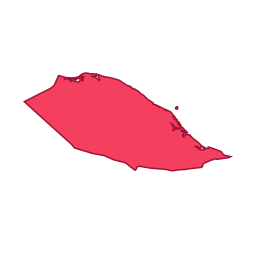 the Region of Suðurland, rotated 204°
{"feature_id": "ISL-705", "entity_name": "Suðurland", "entity_type": "Region", "adm_level": 1, "iso_a3": "ISL", "parent_name": "Iceland", "parent_adm1": "", "projection": "natural_earth1", "projection_center": [-19.582, 64.139], "detail": "fine", "context": "isolated", "style": "filled", "palette": "rose", "viewbox_px": 256, "rotation_deg": 204, "n_neighbors": 0, "source": "natural_earth", "source_scale": "10m", "svg_char_len": 4363}
<svg xmlns="http://www.w3.org/2000/svg" viewBox="0 0 256 256"><g transform="rotate(204 128 128)"><path d="M212.8,147.6L209.4,148.3L205.5,148.8L206.0,148.4L206.2,148.0L206.2,147.4L205.9,146.8L205.6,147.6L205.2,148.1L204.6,148.3L203.9,147.9L204.0,148.2L204.0,148.4L204.1,148.5L204.3,148.7L204.3,149.1L198.8,151.3L199.2,150.1L200.3,149.4L201.6,149.1L202.8,149.1L202.8,148.7L200.0,147.8L199.0,147.2L198.8,147.9L198.9,148.2L199.1,148.7L198.0,149.1L197.0,149.0L195.9,148.7L194.8,148.7L195.6,149.1L195.6,149.4L194.6,149.4L194.1,149.5L193.7,149.8L193.0,149.6L192.2,149.9L191.6,150.5L191.4,151.1L191.1,152.0L190.6,152.7L189.8,152.9L189.1,152.4L188.5,152.8L188.3,153.3L188.5,153.7L189.2,153.9L189.8,153.7L190.6,153.2L191.2,153.1L194.5,153.3L195.7,153.1L193.9,155.1L192.8,155.7L191.7,155.3L191.8,155.2L192.0,155.0L190.3,155.0L190.3,155.5L189.1,155.4L188.5,155.7L189.0,155.7L189.4,155.9L189.6,156.2L189.4,156.9L192.5,156.7L193.1,156.4L192.1,158.3L190.6,160.0L188.7,161.2L184.4,162.3L181.7,163.5L179.1,163.9L177.7,162.8L178.2,162.4L179.4,162.1L179.8,161.8L180.4,161.2L180.9,161.0L182.2,160.9L182.2,160.5L181.1,160.5L178.8,160.9L177.7,160.9L174.8,159.9L173.9,159.8L174.2,160.2L173.9,160.3L173.6,160.5L174.0,160.9L174.9,161.8L175.2,162.0L175.6,162.3L175.8,163.1L176.0,163.9L176.1,164.2L177.9,164.3L178.9,164.3L179.6,164.4L170.6,165.2L165.4,166.6L156.6,168.0L154.4,167.9L146.4,166.5L143.0,167.0L141.7,166.8L142.2,166.8L142.4,166.7L142.6,166.5L141.1,166.3L140.4,166.1L139.7,165.7L138.9,166.4L133.2,165.7L132.7,165.6L130.5,164.6L127.1,164.2L122.2,162.3L115.4,161.2L114.1,160.5L114.7,160.5L115.0,160.3L114.9,160.0L114.4,159.8L113.9,159.8L113.2,160.1L112.7,160.2L108.6,159.8L108.8,160.0L113.0,160.5L101.9,160.1L101.2,159.4L101.0,159.5L100.9,159.6L100.6,159.8L100.4,159.5L100.0,159.4L100.3,160.2L97.1,160.2L95.5,160.0L89.2,156.9L88.5,156.4L89.1,156.8L89.8,156.9L90.5,156.8L91.1,156.4L90.6,156.4L89.6,156.1L89.1,156.1L89.3,155.2L88.6,155.7L87.9,155.9L87.2,155.8L86.3,155.3L86.3,155.0L87.7,155.3L87.1,154.5L86.4,154.0L85.5,153.6L84.8,153.1L84.1,152.2L83.8,151.6L83.3,151.2L82.2,151.3L82.2,151.6L83.7,152.8L84.5,153.7L85.1,154.6L82.3,153.1L81.1,152.2L80.3,150.9L80.8,150.5L80.5,150.2L80.0,149.4L81.1,148.6L82.5,148.2L85.3,147.9L86.6,148.3L88.9,149.7L90.3,149.8L89.6,149.3L88.6,148.3L88.0,147.9L84.8,146.8L86.1,145.5L86.3,145.0L86.2,144.2L85.7,144.0L85.3,144.2L85.5,144.6L85.4,145.0L84.9,145.5L83.1,146.8L81.9,147.6L81.1,148.1L80.1,148.3L79.8,148.5L79.7,149.0L79.8,149.6L79.7,150.2L79.4,150.7L79.1,150.8L77.3,150.2L75.4,149.3L74.0,148.9L71.1,147.6L73.8,147.6L74.3,147.7L75.3,148.2L75.9,148.3L76.0,148.0L76.6,147.9L78.0,147.9L78.0,147.6L76.8,147.6L76.8,147.2L77.0,147.2L77.3,147.2L77.4,146.8L74.4,147.3L73.4,147.2L73.4,146.8L74.8,145.8L75.2,144.1L74.7,142.7L73.1,142.4L73.1,142.8L74.3,143.0L74.1,143.8L73.3,144.7L71.8,145.9L70.8,146.3L69.6,146.5L68.5,146.1L68.9,147.0L69.1,147.2L67.4,146.1L63.6,144.7L58.3,143.5L56.5,142.8L55.5,142.5L54.5,142.1L53.6,141.2L53.9,140.8L53.8,140.3L53.4,139.0L56.7,139.1L58.5,138.9L59.7,138.3L56.5,138.3L54.6,137.6L53.8,137.6L51.7,137.9L51.2,138.1L50.8,138.4L49.5,139.2L49.1,139.4L49.1,139.8L51.2,140.3L52.2,140.8L52.8,141.6L51.9,141.4L50.0,141.2L48.1,141.3L46.9,141.6L46.2,142.2L46.8,143.1L46.6,143.1L46.4,143.2L46.3,143.4L46.2,143.5L33.9,144.4L32.4,143.9L31.0,143.0L29.7,142.5L28.3,142.4L22.5,143.6L23.4,142.6L24.1,141.8L34.3,135.4L35.9,135.4L36.2,135.3L36.3,135.3L36.6,134.4L36.8,134.1L37.8,133.4L38.8,132.6L40.6,130.7L44.2,126.6L44.6,126.0L44.9,125.2L44.4,123.9L44.3,123.5L44.3,123.1L44.4,122.8L45.0,122.0L45.5,121.5L55.5,115.7L58.5,113.6L64.7,110.4L69.6,107.2L70.6,106.7L77.3,105.4L90.4,100.7L101.6,97.8L102.8,97.1L103.4,96.6L103.6,96.4L103.8,96.1L103.9,95.6L103.9,95.0L103.7,94.2L103.8,93.8L103.8,93.5L104.4,92.2L115.1,94.9L116.1,95.0L117.3,95.0L128.2,93.1L138.6,93.1L150.3,90.3L168.8,88.0L172.7,90.0L176.8,91.4L188.7,95.2L209.8,102.1L233.5,109.9L214.5,133.2L213.0,136.5L212.8,137.6L212.7,147.0L212.8,147.6L212.8,147.6ZM92.3,165.4L92.5,165.6L92.7,166.2L92.4,166.8L92.0,167.3L91.6,167.7L91.3,167.5L91.1,167.0L90.8,166.6L90.5,165.9L90.6,165.3L91.4,165.1L92.4,165.0L92.5,165.1L92.3,165.4ZM197.6,150.6L197.9,150.9L197.9,151.4L197.7,152.0L197.0,152.6L196.7,152.6L197.0,152.4L197.2,152.1L197.2,151.8L196.8,151.6L196.4,151.7L194.5,152.0L194.7,151.6L195.9,150.9L196.6,150.6L196.9,150.5L197.6,150.6Z" fill="#f43f5e" stroke="#9f1239" stroke-width="1.5"/></g></svg>